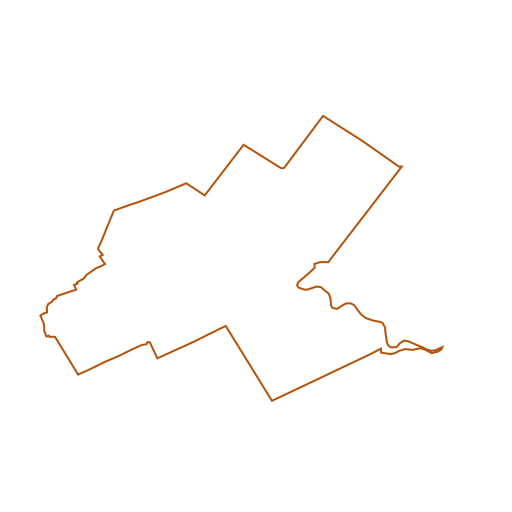 Izvoarele, Teleorman, Romania, rotated 191°
{"feature_id": "2599482B23491153947768", "entity_name": "Izvoarele", "entity_type": "district", "adm_level": 2, "iso_a3": "ROU", "parent_name": "Romania", "parent_adm1": "Teleorman", "projection": "robinson", "projection_center": [25.353, 43.81], "detail": "fine", "context": "isolated", "style": "outline", "palette": "amber", "viewbox_px": 512, "rotation_deg": 191, "n_neighbors": 0, "source": "geoboundaries", "source_scale": "gbopen_adm2", "svg_char_len": 1901}
<svg xmlns="http://www.w3.org/2000/svg" viewBox="0 0 512 512"><g transform="rotate(191 256 256)"><path d="M216.9,406.3L217.4,405.3L245.2,347.9L246.2,347.4L248.2,347.0L289.4,362.8L317.6,306.3L317.9,305.7L338.4,314.1L357.5,301.2L367.0,295.4L383.5,285.5L391.1,281.3L404.2,273.5L410.9,239.6L412.5,233.5L411.9,232.1L406.7,227.9L409.3,225.8L402.7,219.3L405.3,217.1L410.6,213.6L418.7,205.2L421.0,200.8L426.6,196.1L425.9,194.9L429.1,193.0L426.1,188.7L439.8,181.0L443.8,178.6L444.2,176.2L446.5,174.7L447.5,172.3L449.2,170.5L450.7,169.4L451.6,165.9L450.3,160.8L453.7,158.9L456.3,156.4L451.4,149.2L450.6,147.0L450.5,146.5L449.6,142.1L446.3,137.0L444.2,138.3L443.3,137.2L441.1,137.8L437.8,138.2L408.3,106.0L408.1,105.7L401.8,110.0L395.7,114.4L392.3,117.0L390.0,118.8L383.9,123.4L380.6,125.6L370.7,132.4L359.3,141.1L353.4,145.3L350.8,147.0L349.2,147.6L347.2,148.3L346.7,148.7L346.5,149.5L346.4,150.2L345.9,150.8L345.0,151.0L344.5,151.0L344.1,150.9L343.5,150.7L341.9,148.5L337.0,141.8L333.6,137.0L333.4,136.7L311.7,152.1L300.5,160.1L287.4,170.2L281.3,174.7L279.8,176.1L272.3,181.5L212.7,116.9L125.5,181.1L115.7,188.9L115.3,187.6L114.8,185.1L105.1,185.3L100.8,187.4L97.6,190.1L91.8,193.1L84.4,193.7L81.4,195.1L76.7,196.9L72.0,196.2L64.8,194.2L59.6,196.6L56.2,199.7L55.7,202.1L61.9,197.7L65.7,196.5L69.7,196.6L73.0,197.6L90.8,201.4L94.3,201.3L98.1,197.9L100.7,193.3L105.9,192.1L108.9,193.2L111.0,196.1L113.8,204.0L114.5,206.1L115.6,210.4L119.1,214.5L121.4,215.0L128.9,215.0L136.3,216.0L141.9,218.8L150.1,226.4L153.9,227.6L158.3,226.7L160.9,224.8L166.4,219.5L170.8,219.7L172.8,221.6L174.7,228.3L177.3,232.8L186.4,237.8L190.5,237.6L199.5,232.7L202.1,232.3L208.2,233.1L210.1,235.1L209.5,238.4L200.6,249.5L196.2,255.6L197.1,259.4L191.9,262.2L187.1,263.2L184.0,263.6L129.9,371.7L130.1,371.7L130.6,371.5L132.0,371.1L132.9,371.1L169.4,387.4L173.2,389.1L216.9,406.3Z" fill="none" stroke="#b45309" stroke-width="2"/></g></svg>